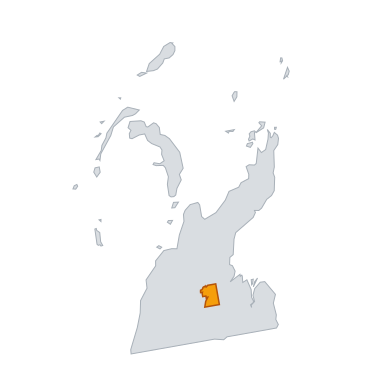 Nipa/Kutubu District, Southern Highlands, Papua New Guinea (highlighted), rotated 260°
{"feature_id": "67681753B17262942847842", "entity_name": "Nipa/Kutubu District", "entity_type": "district", "adm_level": 2, "iso_a3": "PNG", "parent_name": "Papua New Guinea", "parent_adm1": "Southern Highlands", "projection": "robinson", "projection_center": [143.536, -6.456], "detail": "fine", "context": "in_parent", "style": "filled", "palette": "amber", "viewbox_px": 384, "rotation_deg": 260, "n_neighbors": 0, "source": "geoboundaries", "source_scale": "gbopen_adm2", "svg_char_len": 4391}
<svg xmlns="http://www.w3.org/2000/svg" viewBox="0 0 384 384"><g transform="rotate(260 192 192)"><path d="M43.4,251.6L43.3,201.4L41.0,197.6L43.2,188.7L43.1,103.9L47.4,104.3L68.0,114.6L81.9,120.0L94.0,122.5L105.1,131.0L113.4,131.5L125.6,143.4L130.5,144.2L139.2,154.1L139.7,162.2L138.7,167.3L151.9,172.1L164.5,179.0L171.4,179.7L175.2,182.1L179.9,188.0L180.7,195.9L178.0,197.3L166.2,197.2L162.9,199.8L167.6,212.1L178.2,223.4L186.2,228.6L188.6,238.8L192.7,242.0L195.3,250.1L199.5,251.0L207.6,249.7L208.9,253.0L207.7,258.2L208.9,260.2L223.8,264.6L218.8,267.2L221.0,271.9L230.8,276.0L236.8,277.5L240.5,277.0L236.2,279.3L232.4,278.6L231.7,279.3L233.2,281.3L236.4,283.4L233.1,286.1L229.8,286.5L223.8,284.7L218.6,279.7L202.3,277.4L196.7,275.2L192.2,276.0L179.0,273.2L174.7,269.7L171.8,264.3L164.0,257.7L162.2,254.6L163.0,250.3L160.8,250.9L156.3,247.8L144.4,228.0L138.3,225.2L123.2,221.7L121.0,217.9L114.0,216.4L112.4,219.0L106.6,220.7L101.7,218.8L96.9,214.0L102.6,225.0L100.6,224.9L101.5,226.6L100.4,226.9L94.1,226.3L96.0,230.8L85.7,233.3L78.0,232.4L74.3,233.5L72.7,233.4L70.7,230.0L67.9,230.7L70.3,230.7L73.3,234.6L79.7,234.1L86.0,237.0L91.3,243.5L91.1,248.1L76.7,256.4L68.4,252.8L56.3,253.7L51.9,252.4L46.5,254.0L43.4,251.6ZM260.4,140.4L263.4,142.6L266.4,140.2L272.2,143.2L271.0,154.1L269.2,157.1L264.3,158.2L263.7,159.8L266.8,166.2L265.5,168.5L261.2,171.0L254.2,170.7L252.4,175.1L248.5,179.0L233.3,186.8L216.9,187.4L211.5,182.6L205.8,183.5L198.2,177.8L191.9,175.5L190.6,173.3L190.8,170.5L192.5,168.8L203.9,169.1L211.1,171.4L220.5,170.0L223.2,168.3L224.2,161.3L225.8,158.4L227.4,159.7L225.4,165.2L227.6,170.0L234.3,168.6L238.6,169.7L241.9,168.3L246.7,160.7L250.5,157.2L257.4,155.5L257.3,149.9L254.9,142.2L255.9,140.0L260.4,140.4ZM343.0,196.4L342.1,198.9L341.7,198.1L338.2,200.4L334.2,199.7L330.7,197.2L328.0,192.8L327.9,187.8L324.1,185.6L319.1,179.3L318.2,175.1L318.6,168.2L325.9,172.2L333.3,184.1L340.3,189.5L343.0,196.4ZM286.7,143.4L281.9,154.3L278.8,149.9L277.7,146.7L277.4,138.4L269.7,125.9L261.7,121.8L245.4,108.8L239.0,106.8L240.6,106.2L240.6,103.0L248.6,109.8L253.6,111.4L260.2,116.6L264.7,118.4L284.4,137.8L286.7,143.4ZM157.0,89.4L172.4,89.9L172.7,91.4L170.7,91.5L168.1,94.1L158.9,93.4L154.8,94.8L154.6,92.9L156.0,92.3L155.8,90.4L157.0,89.4ZM234.1,256.8L236.9,258.7L239.3,258.4L241.1,260.6L241.4,264.1L240.4,264.9L239.7,263.8L232.3,263.1L233.7,261.1L232.3,257.1L234.1,256.8ZM232.8,105.0L227.4,105.0L223.3,100.8L228.6,98.7L232.6,100.7L232.8,105.0ZM245.1,272.1L248.6,269.9L249.4,270.7L248.1,276.1L242.7,273.7L239.1,265.0L245.1,272.1ZM273.9,249.2L279.8,248.2L282.6,250.5L283.4,251.4L282.9,253.7L277.9,252.7L273.9,249.2ZM287.2,301.7L298.2,307.7L294.1,308.7L290.7,307.1L290.2,305.6L288.8,306.1L289.5,305.1L287.2,301.7ZM184.4,176.9L179.5,172.4L179.8,169.3L185.0,172.0L184.4,176.9ZM230.5,260.2L229.0,260.3L225.8,257.2L227.8,253.6L230.0,254.9L230.5,260.2ZM317.0,168.0L314.9,160.6L316.7,158.4L318.6,163.1L317.0,168.0ZM167.4,167.9L164.0,165.1L166.5,162.5L168.0,163.8L167.4,167.9ZM219.4,79.9L217.5,80.4L215.0,78.0L215.7,75.3L218.6,77.1L219.4,79.9ZM144.9,150.0L142.9,152.6L141.5,150.6L143.8,147.7L144.9,150.0ZM246.0,235.7L246.1,244.5L244.5,242.8L245.3,239.1L243.7,238.1L246.0,235.7ZM92.6,238.0L95.9,241.6L87.9,235.9L92.6,238.0ZM95.5,237.2L91.1,235.7L90.2,234.6L95.4,235.1L95.5,237.2ZM308.7,302.6L308.4,303.8L305.5,304.0L303.5,302.2L305.4,302.6L305.1,301.4L308.7,302.6ZM276.9,113.7L277.0,117.7L275.0,114.9L276.9,113.7ZM266.1,111.5L265.2,112.6L263.2,109.8L263.6,109.2L266.1,111.5ZM241.4,284.5L241.1,286.3L239.1,285.3L239.4,284.2L241.4,284.5ZM264.3,108.4L262.8,108.9L263.0,106.1L264.3,108.4ZM180.7,95.6L180.8,97.6L178.7,97.2L180.7,95.6ZM297.4,136.4L297.1,138.2L295.9,137.6L297.4,136.4Z" fill="#d9dde1" stroke="#a8b0b8" stroke-width="1"/><path d="M94.0,184.7L93.8,183.4L93.3,183.3L93.0,183.2L92.4,183.1L91.4,183.0L91.4,184.8L90.8,184.4L87.1,184.4L87.1,186.9L87.1,187.6L85.0,187.6L85.7,188.4L85.7,189.3L81.9,186.5L76.4,184.6L76.4,189.4L76.4,199.4L83.8,199.4L96.6,199.4L97.4,199.4L97.4,192.6L97.4,191.2L97.2,191.0L97.1,190.8L97.0,190.7L96.9,190.7L96.8,190.4L96.8,190.2L96.7,190.1L96.6,189.9L96.4,189.9L96.3,189.7L96.2,189.7L96.0,189.4L96.2,189.2L96.3,189.1L96.5,189.1L96.5,188.9L96.7,188.6L96.8,188.6L96.7,188.4L96.8,188.4L96.7,188.3L96.7,188.2L96.6,187.9L96.6,187.7L96.6,187.4L96.6,187.2L96.4,186.7L96.1,186.2L95.6,186.1L94.6,185.3L94.0,184.7Z" fill="#f59e0b" stroke="#b45309" stroke-width="1.5"/></g></svg>